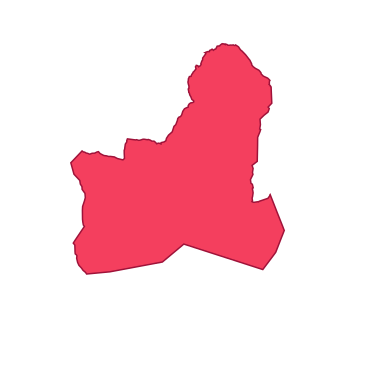 outline of San Andrés Yaá, Oaxaca, Mexico, rotated 137°
{"feature_id": "50627088B90449229158341", "entity_name": "San Andrés Yaá", "entity_type": "district", "adm_level": 2, "iso_a3": "MEX", "parent_name": "Mexico", "parent_adm1": "Oaxaca", "projection": "natural_earth1", "projection_center": [-96.145, 17.295], "detail": "fine", "context": "isolated", "style": "filled", "palette": "rose", "viewbox_px": 384, "rotation_deg": 137, "n_neighbors": 0, "source": "geoboundaries", "source_scale": "gbopen_adm2", "svg_char_len": 3258}
<svg xmlns="http://www.w3.org/2000/svg" viewBox="0 0 384 384"><g transform="rotate(137 192 192)"><path d="M62.5,214.9L62.6,215.7L62.3,216.0L62.2,218.2L61.8,218.2L60.5,219.6L59.4,220.4L58.9,220.5L58.9,222.1L59.0,223.7L60.8,228.1L60.9,231.1L60.2,232.3L60.0,235.1L60.2,236.0L60.9,238.0L61.3,239.1L61.8,241.9L61.7,244.0L61.0,245.0L59.8,248.8L59.7,250.4L59.2,255.9L59.3,261.2L59.5,261.7L59.5,263.5L59.0,266.3L59.2,267.4L59.8,269.8L60.6,269.8L61.2,270.5L61.4,271.3L63.0,272.5L63.7,273.3L64.4,273.7L65.7,274.9L65.8,276.0L66.7,277.5L67.2,277.2L67.7,278.7L68.4,279.1L68.8,279.9L71.1,280.2L72.1,280.0L74.1,281.5L77.1,280.4L78.3,281.0L79.7,281.0L79.9,282.8L80.6,282.8L82.6,283.5L83.5,282.8L84.8,284.0L86.6,284.8L87.1,284.7L87.4,284.9L87.2,284.1L87.7,283.7L92.8,282.7L94.3,281.3L95.5,281.1L96.8,280.4L98.1,279.7L98.2,279.2L99.0,278.9L100.0,278.7L101.2,279.0L101.8,279.1L101.6,280.4L102.5,281.7L103.3,281.4L104.1,281.2L105.1,279.3L108.5,278.8L109.4,278.9L110.4,278.4L111.8,278.2L113.2,277.6L113.8,277.2L115.2,278.2L116.7,277.5L117.2,277.4L119.4,275.5L119.9,275.3L121.0,273.6L122.1,271.4L123.7,269.9L124.5,269.9L125.9,267.7L126.4,267.1L126.5,266.1L127.4,264.6L127.9,262.5L129.0,259.7L128.6,257.9L128.7,257.3L129.3,256.7L130.4,256.9L132.3,258.1L134.0,258.3L135.8,257.8L136.8,256.7L138.6,257.4L140.7,258.0L143.7,257.3L147.0,255.4L149.0,255.0L150.6,255.7L152.4,255.4L153.3,254.7L154.6,253.9L155.6,253.5L156.7,252.9L158.0,252.3L160.4,252.3L165.4,249.5L170.4,249.6L174.0,248.7L176.2,247.3L178.4,247.7L180.9,249.2L181.9,248.3L182.6,249.8L183.4,250.8L184.9,251.3L184.8,253.1L185.1,255.1L186.7,256.6L187.1,258.3L188.2,260.3L188.9,260.6L189.9,261.8L190.6,262.8L191.2,263.4L191.8,264.0L194.8,265.4L195.9,266.3L196.0,266.6L196.9,268.1L197.7,268.5L203.0,274.9L204.5,274.2L205.6,273.1L208.1,272.5L211.2,270.0L212.0,269.3L213.2,268.7L215.2,266.5L218.5,262.6L220.6,262.6L223.7,267.3L224.6,269.8L224.8,270.5L227.4,273.7L228.7,274.8L229.9,276.8L231.5,278.7L232.0,280.0L233.0,282.8L232.9,285.3L234.3,286.1L236.7,286.8L238.7,288.5L240.5,289.2L241.1,289.5L241.9,291.4L242.8,292.6L243.3,294.4L244.1,295.2L244.4,297.0L260.7,296.0L266.2,285.5L266.2,277.0L268.3,273.9L268.8,271.0L270.6,268.8L271.2,264.0L273.9,260.6L276.8,258.8L281.9,256.0L284.6,253.4L287.6,250.1L290.7,246.7L292.4,244.4L294.0,241.9L294.2,240.2L310.2,236.5L313.7,235.6L313.9,233.1L316.4,230.2L318.2,228.2L319.6,226.4L319.4,225.0L319.7,223.8L321.5,222.3L323.7,218.5L324.7,215.5L324.7,214.5L324.7,211.8L325.1,209.0L324.7,205.8L325.0,203.9L306.7,189.8L306.6,189.7L261.4,161.0L248.6,160.3L233.5,159.5L193.1,87.0L175.6,90.1L171.9,90.8L164.0,94.6L158.0,97.5L154.8,99.0L151.5,100.6L150.7,101.0L150.4,101.9L149.0,105.3L148.3,107.1L146.0,113.0L143.3,119.9L141.5,124.4L136.6,136.8L137.1,136.7L137.7,136.2L140.8,135.6L142.8,136.5L146.6,138.2L149.2,139.4L150.0,139.4L150.8,140.2L153.5,142.0L154.1,142.6L154.7,144.1L153.7,144.4L152.8,145.7L152.2,146.5L150.6,147.5L149.9,148.1L147.9,149.7L147.0,151.0L145.8,152.9L145.1,153.6L144.4,153.3L142.6,156.5L142.9,158.2L140.8,161.2L135.4,163.3L134.5,165.0L131.3,167.5L129.9,170.5L123.4,169.9L112.6,181.0L106.7,187.2L101.3,189.7L99.2,190.9L99.6,191.9L96.1,194.5L92.6,198.9L87.0,199.0L81.9,198.6L78.6,200.3L78.4,202.2L73.1,202.5L62.5,214.9Z" fill="#f43f5e" stroke="#9f1239" stroke-width="1.5"/></g></svg>